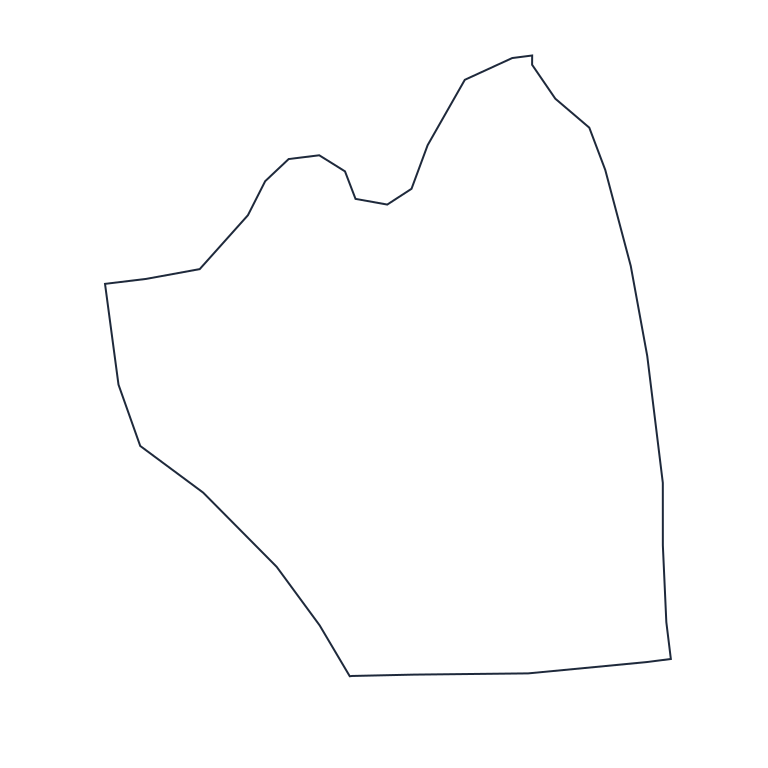 SVG path tracing the border of Zrnovci, rotated 353°
{"feature_id": "MKD-2924", "entity_name": "Zrnovci", "entity_type": "Statistical Region", "adm_level": 1, "iso_a3": "MKD", "parent_name": "North Macedonia", "parent_adm1": "", "projection": "albers", "projection_center": [22.41, 41.829], "detail": "fine", "context": "isolated", "style": "outline", "palette": "slate", "viewbox_px": 768, "rotation_deg": 353, "n_neighbors": 0, "source": "natural_earth", "source_scale": "10m", "svg_char_len": 606}
<svg xmlns="http://www.w3.org/2000/svg" viewBox="0 0 768 768"><g transform="rotate(353 384 384)"><path d="M314.4,669.9L290.7,615.7L255.2,552.4L191.3,469.8L134.5,415.8L120.4,352.3L119.3,250.6L160.7,250.7L215.1,247.5L269.5,199.9L290.8,168.2L316.8,149.1L347.6,149.1L371.2,168.2L378.3,196.8L409.1,206.3L435.1,193.6L456.4,152.3L501.3,91.9L551.0,76.1L571.1,76.0L569.9,85.2L588.8,121.7L619.0,154.6L629.7,198.5L643.3,296.9L648.7,388.4L648.7,453.9L648.7,516.1L641.1,578.2L635.2,654.8L635.2,691.9L610.3,692.0L491.9,688.8L378.3,676.1L316.7,669.9L314.4,669.9Z" fill="none" stroke="#1e293b" stroke-width="2"/></g></svg>